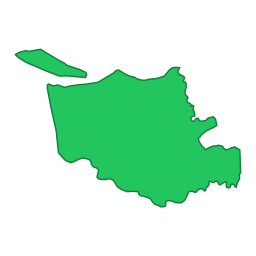 the district of Burutu, Delta, Nigeria
{"feature_id": "59680162B9558481059390", "entity_name": "Burutu", "entity_type": "district", "adm_level": 2, "iso_a3": "NGA", "parent_name": "Nigeria", "parent_adm1": "Delta", "projection": "orthographic", "projection_center": [5.655, 5.239], "detail": "fine", "context": "isolated", "style": "filled", "palette": "green", "viewbox_px": 256, "rotation_deg": 0, "n_neighbors": 0, "source": "geoboundaries", "source_scale": "gbopen_adm2", "svg_char_len": 3289}
<svg xmlns="http://www.w3.org/2000/svg" viewBox="0 0 256 256"><path d="M240.6,172.9L240.3,162.8L239.8,149.9L234.6,146.9L231.7,147.8L228.0,149.5L225.9,149.9L223.9,148.5L222.3,146.2L219.0,145.3L217.1,145.6L215.1,146.0L212.7,146.1L208.6,147.9L205.2,149.8L203.5,147.4L201.9,146.1L200.6,143.9L199.2,142.0L198.3,138.3L199.8,137.3L200.0,137.1L200.5,135.8L201.4,135.0L202.6,133.7L206.4,130.9L211.4,128.3L213.0,127.9L216.8,125.3L215.5,119.2L213.2,116.8L208.3,118.0L207.1,119.0L206.2,120.3L203.0,121.0L201.1,121.3L200.5,121.1L199.4,120.8L198.8,119.7L198.3,118.5L197.8,118.2L196.9,118.3L196.3,118.7L195.3,119.5L194.7,120.8L194.0,121.1L192.9,121.2L192.0,120.8L191.6,120.4L191.3,119.9L190.9,118.6L190.9,117.7L191.2,117.0L192.3,116.5L193.6,116.4L194.5,116.1L194.8,115.4L194.7,114.3L194.0,111.4L193.1,110.4L193.3,108.5L193.6,106.9L193.5,106.7L193.6,106.1L193.5,105.8L193.2,105.8L192.2,106.0L192.0,105.8L192.0,105.5L191.9,105.1L191.6,105.2L191.3,105.9L190.8,106.0L190.8,104.9L190.5,103.9L189.8,103.2L188.4,102.9L186.9,101.7L187.0,100.8L186.9,99.7L187.4,99.0L187.9,97.3L185.7,95.0L184.9,92.2L186.2,87.2L186.1,83.4L184.8,81.7L183.3,81.4L183.6,80.0L184.5,78.2L184.5,77.3L182.5,75.7L180.9,75.0L179.2,74.2L177.6,72.2L179.0,68.9L179.6,67.7L177.1,67.5L176.3,67.4L175.4,67.4L172.1,67.9L168.9,70.5L167.4,72.5L164.3,76.0L157.4,78.4L148.4,79.3L145.8,80.2L141.9,80.2L139.1,79.5L137.3,79.0L134.3,77.2L129.3,76.0L125.9,74.4L123.0,72.8L118.6,70.0L116.0,70.6L113.7,72.9L98.0,82.3L85.8,84.2L80.3,84.6L69.9,86.0L64.7,87.4L58.2,85.1L56.9,85.1L53.1,85.9L48.9,84.0L47.5,84.7L47.3,88.1L50.9,107.0L56.2,130.8L58.5,152.7L61.2,156.0L65.4,160.4L70.7,162.7L73.9,161.6L79.1,159.1L82.3,158.1L85.7,158.3L89.9,160.0L91.3,162.8L91.5,164.6L93.7,167.0L96.0,167.7L97.6,168.8L98.7,170.4L97.8,173.4L97.1,177.1L98.2,178.6L101.0,179.4L104.7,179.5L107.1,179.1L110.3,178.8L113.3,180.3L115.1,182.9L115.3,183.4L117.6,187.0L120.7,189.1L124.6,190.7L126.8,191.6L133.1,191.3L138.4,191.7L138.8,194.2L140.6,195.8L143.4,196.2L147.5,197.4L150.5,198.8L152.4,201.8L155.1,204.5L156.7,204.9L158.3,205.4L160.2,206.7L163.2,206.7L165.0,206.4L165.6,205.6L165.6,204.3L165.6,202.5L165.7,202.4L166.7,201.0L169.8,200.5L172.0,201.2L175.2,202.4L178.9,202.9L181.7,202.6L184.8,200.1L186.6,196.6L188.0,193.3L188.7,192.0L190.7,191.2L193.0,191.5L194.9,192.4L196.1,192.2L197.1,191.0L198.3,189.7L200.3,188.6L202.0,188.9L203.5,189.6L204.2,190.9L205.4,190.7L205.9,188.3L207.2,186.8L208.5,185.7L209.1,183.6L208.9,181.6L209.6,181.1L211.7,182.1L213.9,182.5L214.5,181.9L215.7,180.9L217.3,181.5L217.5,181.6L217.9,182.5L218.6,184.0L219.6,184.8L220.0,184.7L220.4,184.6L221.4,184.0L223.2,183.0L224.8,182.3L226.4,182.1L226.6,182.9L226.2,185.0L226.4,186.3L226.7,187.4L229.3,187.8L230.5,186.5L230.9,184.7L232.4,184.0L234.1,184.9L234.4,185.1L234.6,185.6L235.0,186.8L236.0,187.2L236.6,186.2L236.8,184.8L236.8,184.5L237.3,182.7L238.3,181.0L239.4,179.2L239.6,177.2L239.4,176.1L239.4,174.4L240.4,172.9L240.6,172.9ZM85.6,77.5L86.1,75.7L86.4,75.4L86.4,75.2L86.5,75.2L86.4,74.9L86.5,74.9L86.5,74.2L86.4,74.0L86.4,73.7L86.2,73.5L86.1,72.9L85.9,72.8L85.8,72.4L85.6,72.3L79.7,69.5L67.2,65.5L63.9,62.9L57.6,59.6L40.5,49.3L29.4,51.3L25.5,50.8L21.0,51.8L17.1,53.5L15.9,54.2L15.4,54.7L19.7,58.5L26.7,62.6L46.6,71.1L59.3,76.0L67.8,75.9L85.6,77.5Z" fill="#22c55e" stroke="#15803d" stroke-width="1.5"/></svg>